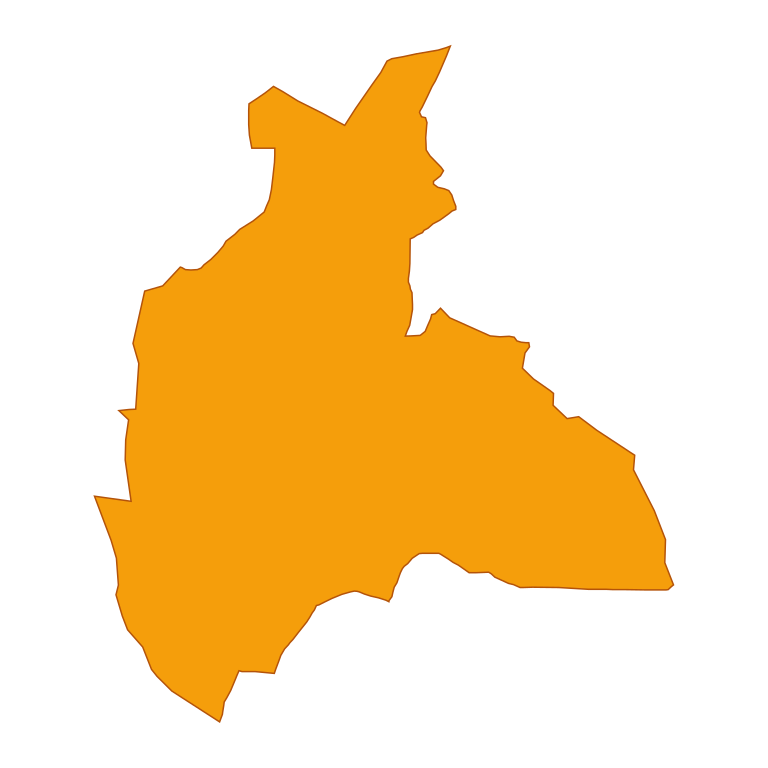 the district of Al-Diwaniya, Al-Qādisiyyah, Iraq
{"feature_id": "34846034B69027693964314", "entity_name": "Al-Diwaniya", "entity_type": "district", "adm_level": 2, "iso_a3": "IRQ", "parent_name": "Iraq", "parent_adm1": "Al-Qādisiyyah", "projection": "mercator", "projection_center": [44.918, 32.02], "detail": "fine", "context": "isolated", "style": "filled", "palette": "amber", "viewbox_px": 768, "rotation_deg": 0, "n_neighbors": 0, "source": "geoboundaries", "source_scale": "gbopen_adm2", "svg_char_len": 3112}
<svg xmlns="http://www.w3.org/2000/svg" viewBox="0 0 768 768"><path d="M450.3,46.1L446.1,47.7L438.2,50.1L416.6,53.8L403.1,56.7L391.8,58.7L387.0,61.1L380.8,72.5L371.8,85.1L355.7,108.3L344.7,125.4L337.8,121.7L322.3,113.2L297.9,101.0L283.4,92.0L273.5,86.4L265.2,92.9L256.3,99.0L251.9,101.9L249.0,103.8L248.7,110.3L248.7,116.0L248.7,124.6L249.4,135.1L251.8,148.2L256.3,148.2L263.1,148.2L268.3,148.2L274.8,148.2L274.8,155.1L274.5,162.4L272.8,177.8L271.4,189.6L269.3,199.8L266.6,205.9L264.2,212.0L253.2,220.9L239.7,229.4L234.9,234.3L226.0,241.2L223.2,246.1L217.7,252.6L210.8,259.5L204.0,264.8L201.2,268.0L197.4,269.6L190.9,270.0L185.4,269.6L181.9,267.6L180.3,267.1L178.8,268.7L162.7,285.9L144.7,291.1L133.0,343.4L138.8,363.5L135.7,409.2L129.1,409.5L118.9,410.6L128.6,419.8L125.7,439.9L125.2,460.0L131.1,501.3L94.5,496.2L111.1,540.3L116.4,558.1L118.4,585.1L116.0,594.8L122.3,616.0L127.6,629.8L142.7,647.0L151.5,669.4L155.2,674.0L157.0,676.3L171.9,691.1L219.6,721.9L222.4,714.4L222.7,712.0L223.7,705.8L224.2,702.0L226.7,697.9L230.7,690.5L235.5,679.0L236.7,676.0L239.0,670.7L242.0,671.6L243.2,671.6L245.7,671.6L250.0,671.6L251.5,671.6L255.3,671.6L274.3,673.4L275.8,669.0L278.8,661.0L280.8,655.4L284.6,648.9L288.4,644.8L289.9,642.7L292.9,639.5L298.4,632.4L306.7,622.0L309.9,617.0L312.2,612.9L314.4,609.9L316.4,605.5L318.9,604.9L324.0,602.3L332.0,598.4L342.0,594.3L350.5,591.9L354.3,591.1L357.0,591.3L359.3,591.9L364.3,594.0L370.8,596.1L378.4,597.8L385.9,600.2L388.9,601.7L389.1,600.5L391.9,596.7L392.9,592.2L394.2,587.2L396.9,582.8L399.2,576.0L400.4,572.7L402.4,568.6L404.2,566.3L407.7,563.6L412.2,558.3L419.2,553.6L422.5,553.3L424.5,553.3L427.7,553.3L432.3,553.3L438.8,553.3L440.5,554.1L443.3,555.9L448.1,558.9L453.1,562.4L458.3,565.1L463.3,568.6L469.1,572.7L471.9,572.7L476.1,572.7L488.7,572.2L491.4,573.9L494.9,577.2L508.5,583.4L513.5,584.6L520.0,587.5L523.3,587.5L532.5,587.2L558.6,587.5L588.4,589.3L606.2,589.3L613.0,589.6L625.3,589.6L645.1,589.9L652.4,589.9L655.9,589.9L666.2,589.9L668.2,589.6L671.4,586.6L673.5,584.9L664.8,562.7L665.5,539.6L654.3,510.7L633.5,469.8L634.7,455.2L630.5,452.5L596.8,430.3L578.7,416.7L567.1,418.6L553.1,405.3L553.5,393.4L550.2,390.7L533.4,378.9L522.4,368.2L525.0,353.0L529.5,346.8L528.8,342.7L526.1,342.7L521.1,342.2L516.9,340.9L514.2,337.2L509.2,336.3L500.0,336.8L490.1,335.9L475.8,329.5L449.7,317.8L440.5,308.2L435.2,313.7L431.7,314.6L430.5,319.1L427.5,325.9L425.2,331.4L420.2,335.4L411.4,335.9L405.3,336.1L406.9,331.5L409.7,325.3L411.2,317.0L412.5,309.6L412.5,304.3L412.2,298.0L412.0,292.7L410.4,289.2L409.9,285.9L408.4,282.1L408.4,278.5L409.4,271.1L409.9,263.4L410.2,238.9L413.7,237.4L417.2,235.0L422.5,232.6L424.0,230.3L428.0,228.2L433.0,223.8L439.8,220.2L448.8,213.7L452.1,211.0L455.8,209.5L455.8,206.3L453.6,200.7L451.8,195.0L448.8,190.6L444.3,188.8L437.8,187.3L433.5,184.1L433.5,181.4L440.5,175.8L443.5,170.7L441.0,167.2L430.0,155.9L426.2,150.0L426.0,143.5L425.7,137.9L426.7,125.1L427.0,122.8L425.5,117.7L421.5,116.8L419.5,112.4L420.0,110.9L422.2,107.1L427.7,95.8L432.0,86.6L435.3,81.0L439.5,72.1L446.5,55.8L450.3,46.1Z" fill="#f59e0b" stroke="#b45309" stroke-width="1.5"/></svg>